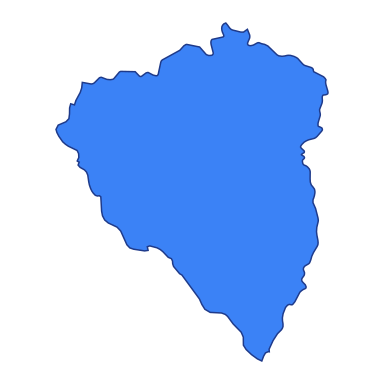 outline of Plzeňský
{"feature_id": "CZE-10369", "entity_name": "Plzeňský", "entity_type": "Region", "adm_level": 1, "iso_a3": "CZE", "parent_name": "Czechia", "parent_adm1": "", "projection": "mercator", "projection_center": [13.338, 49.523], "detail": "fine", "context": "isolated", "style": "filled", "palette": "blue", "viewbox_px": 384, "rotation_deg": 0, "n_neighbors": 0, "source": "natural_earth", "source_scale": "10m", "svg_char_len": 3799}
<svg xmlns="http://www.w3.org/2000/svg" viewBox="0 0 384 384"><path d="M74.5,104.9L75.9,100.5L80.2,92.5L81.7,88.0L82.3,82.4L91.2,84.0L92.9,83.7L94.3,82.9L99.4,77.8L100.4,77.4L101.4,77.3L106.9,79.4L110.2,79.7L112.9,79.3L113.8,78.7L119.4,72.0L120.7,71.4L135.2,71.7L139.3,76.0L140.0,76.4L140.7,76.5L141.4,76.4L146.1,72.9L147.6,72.5L148.2,72.5L153.2,75.1L156.2,75.8L157.4,75.5L158.2,74.4L160.8,62.1L161.5,60.6L162.5,59.8L179.8,50.3L183.9,45.8L185.8,44.6L186.7,44.4L199.6,47.0L206.3,54.6L208.7,55.5L211.3,55.4L212.3,55.0L213.0,54.2L213.3,53.1L211.1,44.5L210.9,42.8L211.0,41.3L211.4,40.2L212.1,39.4L223.0,37.0L223.8,36.2L223.7,35.1L222.4,32.1L221.9,30.3L221.7,28.5L221.9,26.7L222.6,25.2L223.8,23.9L225.8,23.0L227.5,25.0L229.5,27.8L230.7,29.1L232.4,30.0L240.9,32.1L243.5,32.1L247.4,29.3L249.7,35.1L249.8,36.4L249.7,37.9L249.1,39.4L248.4,40.9L247.6,43.0L247.6,44.2L248.3,45.2L249.2,45.5L250.3,45.7L251.2,45.6L253.3,45.1L257.1,43.0L258.0,42.7L259.1,42.7L261.6,43.7L264.7,44.4L267.9,46.0L277.0,54.8L278.7,55.8L282.0,56.3L284.6,56.0L287.2,55.4L288.7,55.3L290.5,55.4L294.0,56.4L296.1,57.4L297.7,58.4L302.6,63.9L303.9,65.0L304.9,65.5L311.2,67.5L312.4,68.2L313.2,69.3L313.3,70.4L313.7,71.7L323.6,76.8L325.2,78.5L326.0,79.9L325.7,80.9L325.6,82.2L325.7,83.4L326.0,84.9L327.8,91.1L328.0,92.5L327.9,93.3L327.7,93.8L327.3,94.1L326.5,94.5L325.5,94.8L323.7,95.0L323.1,95.1L322.7,95.6L322.3,96.5L322.2,97.8L322.4,100.3L322.3,101.6L322.1,102.7L321.9,103.5L319.6,109.4L319.6,110.3L319.7,111.3L320.1,113.0L320.3,114.2L320.2,115.7L318.3,122.1L318.0,123.6L318.0,125.3L318.2,126.1L318.7,126.5L320.5,127.2L321.9,128.0L322.3,129.0L322.4,129.9L321.7,131.1L317.1,136.4L315.6,137.7L314.2,138.4L308.7,139.8L306.4,140.8L304.2,142.1L302.0,144.3L301.0,145.6L300.5,147.0L301.3,148.2L304.1,150.8L304.4,151.8L304.1,152.7L302.6,153.5L301.4,154.5L301.5,154.9L303.9,156.4L304.3,157.1L304.5,157.8L304.1,158.6L303.0,159.6L302.5,160.3L302.4,161.3L302.8,163.6L303.5,164.6L304.5,165.3L305.3,165.5L306.3,166.0L307.5,166.9L309.2,168.8L309.9,170.3L310.2,171.9L310.1,179.0L310.3,182.0L310.8,183.7L311.4,185.1L313.2,187.3L314.5,189.2L314.9,191.2L314.9,192.9L314.4,195.7L313.6,198.3L313.2,199.1L313.0,200.1L313.0,202.7L315.6,208.6L318.0,218.0L318.3,220.4L318.1,221.9L316.8,227.3L316.5,231.7L316.9,235.2L317.9,240.3L318.1,242.8L317.9,244.7L317.1,246.5L313.5,252.5L311.8,256.2L310.8,259.8L310.0,261.9L309.4,263.1L308.5,263.9L305.2,265.8L304.5,266.5L303.6,267.7L303.4,268.8L303.4,269.7L304.5,272.5L304.5,274.0L304.2,275.2L303.6,276.2L302.4,277.8L301.8,278.9L301.7,280.0L301.9,281.0L302.7,282.1L305.3,284.8L306.1,286.8L306.0,287.9L304.9,288.8L303.4,289.4L301.5,290.7L299.8,292.3L294.9,301.7L293.0,304.1L292.3,304.7L291.5,304.8L289.2,304.4L287.5,305.2L285.5,307.5L283.1,313.7L282.4,317.8L282.5,320.9L282.8,322.6L283.0,324.0L283.0,326.5L282.4,328.2L281.5,329.7L277.5,333.7L273.1,340.5L269.1,349.2L269.3,351.8L268.1,351.7L265.5,352.9L263.7,356.0L261.8,361.0L257.4,358.9L251.5,354.6L246.1,349.5L243.4,345.2L243.3,337.1L241.2,332.2L233.2,324.0L227.6,316.4L225.3,314.4L221.5,313.0L210.2,312.4L204.9,309.3L201.9,304.5L199.4,298.9L181.9,275.0L179.6,273.7L173.6,266.5L172.7,263.8L172.5,261.0L171.4,258.7L168.2,257.3L162.9,251.7L160.2,249.5L157.0,247.8L149.8,245.9L147.3,246.7L148.1,250.4L144.6,250.9L133.6,249.2L129.8,247.9L126.9,244.8L120.7,231.0L117.0,227.1L108.3,223.0L104.7,220.0L102.5,215.8L101.6,211.1L101.1,201.7L100.8,196.8L99.4,195.7L97.4,196.0L95.3,195.3L93.3,193.2L91.8,191.0L90.6,188.5L89.4,185.0L88.7,181.6L87.8,175.2L86.5,172.1L84.5,169.9L80.1,167.4L78.1,165.1L78.3,164.4L79.2,162.1L77.7,161.4L77.2,161.0L78.8,157.5L78.6,153.6L77.1,150.5L74.5,149.2L68.3,146.2L65.4,144.2L62.7,141.8L58.8,136.2L56.9,132.5L56.0,129.4L58.2,125.1L65.9,121.8L68.9,118.7L69.5,114.0L69.6,107.9L70.7,103.8L74.5,104.9Z" fill="#3b82f6" stroke="#1e3a8a" stroke-width="1.5"/></svg>